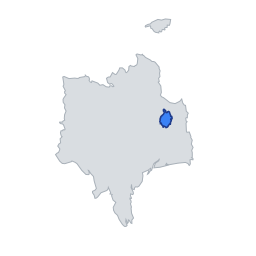 France, with Tarn highlighted, rotated 250°
{"feature_id": "FRA-5346", "entity_name": "Tarn", "entity_type": "Metropolitan department", "adm_level": 1, "iso_a3": "FRA", "parent_name": "France", "parent_adm1": "", "projection": "robinson", "projection_center": [2.231, 43.789], "detail": "fine", "context": "in_parent", "style": "filled", "palette": "blue", "viewbox_px": 256, "rotation_deg": 250, "n_neighbors": 0, "source": "natural_earth", "source_scale": "10m", "svg_char_len": 5192}
<svg xmlns="http://www.w3.org/2000/svg" viewBox="0 0 256 256"><g transform="rotate(250 128 128)"><path d="M192.2,106.0L190.7,106.7L189.8,108.2L188.9,108.6L187.1,108.6L186.2,107.7L184.1,108.2L183.3,109.2L184.6,110.3L180.5,115.0L177.8,116.2L177.3,119.3L174.2,121.6L173.0,124.0L172.9,124.5L173.8,125.3L173.4,126.8L171.9,127.9L171.9,128.9L172.3,129.0L174.8,128.2L175.7,127.3L175.2,126.0L177.6,124.4L182.1,124.8L182.6,126.9L182.1,128.7L185.4,132.4L182.7,134.2L182.5,135.4L185.4,139.2L187.3,140.8L186.4,143.3L183.4,145.0L181.5,144.8L180.6,145.2L180.7,146.0L182.1,148.4L185.4,149.9L186.0,151.7L185.1,152.3L183.6,155.0L184.3,156.3L184.1,156.9L184.4,157.8L185.3,158.7L189.9,161.0L194.0,160.5L194.5,161.8L192.1,165.3L192.3,166.9L191.0,166.9L190.8,167.5L188.3,168.6L184.3,172.2L182.4,173.2L181.6,175.0L180.5,176.0L174.6,178.1L173.5,177.6L170.7,177.7L168.8,176.4L165.4,175.6L164.2,173.7L161.0,173.3L160.8,172.1L156.3,173.2L150.0,171.5L147.8,169.7L145.9,170.2L144.3,171.8L137.5,176.1L134.8,180.6L135.4,185.8L136.9,188.4L132.8,188.0L130.3,188.7L129.6,189.8L123.8,188.5L121.6,189.6L121.0,189.5L120.2,188.4L117.3,187.2L117.8,186.3L117.4,185.6L114.7,185.0L113.7,185.7L112.7,184.2L105.1,181.8L103.8,181.9L103.3,184.2L98.4,184.2L97.7,183.7L94.6,184.2L91.2,182.0L87.5,182.5L85.2,180.2L83.0,180.0L79.9,178.9L78.5,178.3L78.3,177.6L77.3,178.6L76.2,178.4L75.9,178.1L76.7,176.8L76.9,175.4L73.0,174.3L72.0,173.2L71.9,172.7L74.1,172.2L76.0,170.2L77.9,162.8L79.4,154.2L80.3,152.5L81.6,152.1L80.6,150.9L79.4,152.5L80.2,144.6L81.7,138.7L84.9,141.1L85.7,142.1L86.6,145.6L88.4,147.1L87.3,145.7L86.1,141.0L85.4,139.7L80.3,135.8L80.1,134.9L82.4,135.4L81.5,132.5L81.1,126.3L78.0,125.7L73.0,123.1L69.6,118.4L69.3,116.7L70.2,114.8L69.5,113.7L68.0,112.8L69.2,111.3L70.2,111.1L73.8,112.0L70.9,110.5L66.1,111.0L64.2,110.5L63.9,109.4L65.2,108.0L63.6,107.1L60.9,107.3L60.6,106.9L61.4,105.9L60.7,105.5L58.5,105.9L57.2,105.6L56.0,104.4L52.5,104.2L51.7,103.5L46.7,102.2L41.5,102.4L40.2,100.1L37.0,99.0L37.7,98.2L40.9,97.5L41.5,96.9L39.2,95.9L38.5,95.0L42.7,94.8L40.8,93.8L36.7,93.8L36.2,92.4L36.8,91.0L39.2,89.8L45.2,88.4L49.5,88.3L52.6,86.7L55.6,86.3L58.5,87.0L62.3,91.1L65.4,89.3L70.0,89.4L71.0,90.4L72.2,88.5L73.2,89.6L78.9,89.2L77.6,88.5L76.5,86.8L76.4,80.5L73.6,76.0L73.0,74.3L73.2,72.9L76.5,73.2L79.3,72.5L80.6,73.0L80.9,75.9L82.0,77.6L89.8,78.1L94.2,79.0L98.0,77.4L101.5,76.6L101.8,76.2L99.8,76.4L97.9,75.7L97.7,74.9L98.7,72.6L104.0,70.1L111.9,67.9L113.9,66.5L116.2,64.0L115.7,63.3L116.1,56.4L117.2,54.1L120.2,52.5L127.8,50.8L128.7,53.0L128.7,54.3L130.7,56.2L131.7,56.8L135.0,55.8L136.6,57.6L137.1,59.6L141.1,60.5L142.3,63.1L143.0,62.6L145.5,62.7L146.7,62.9L148.3,64.1L147.8,65.7L148.6,66.4L147.9,67.9L148.4,68.5L153.0,68.5L154.3,67.8L155.0,66.4L156.3,65.5L156.9,65.8L156.0,68.5L156.7,69.2L157.0,71.2L158.8,71.4L162.2,73.0L165.1,75.6L168.6,75.2L171.4,76.7L174.3,75.9L177.0,76.7L177.9,77.5L180.5,81.2L182.5,80.4L183.9,80.9L184.3,81.9L189.5,81.3L190.5,82.4L191.5,82.8L198.2,84.1L198.3,85.5L194.6,89.5L193.1,95.1L192.0,97.1L191.6,98.6L192.0,99.5L191.8,101.1L191.1,104.7L191.6,105.8L192.2,106.0ZM218.5,182.3L218.2,184.7L219.2,186.4L219.8,193.2L217.9,196.5L217.7,200.4L215.4,205.2L211.5,203.0L210.3,201.9L211.3,200.1L209.1,199.1L209.6,197.4L209.3,196.5L207.7,196.4L207.6,195.9L208.7,194.6L208.7,193.7L207.2,192.7L206.9,191.8L208.3,190.7L207.6,189.8L206.8,189.5L208.6,186.5L209.9,185.5L212.9,184.7L214.1,183.5L216.1,184.1L216.4,183.8L216.9,178.9L217.6,178.9L218.2,179.5L218.5,182.3ZM80.6,132.8L80.1,134.2L78.2,131.8L77.9,130.5L80.6,132.8Z" fill="#d9dde1" stroke="#a8b0b8" stroke-width="1"/><path d="M120.8,160.6L120.9,160.4L121.0,160.8L121.4,160.7L122.6,160.1L122.9,160.0L123.2,160.1L123.8,160.5L124.0,160.7L124.2,160.9L124.7,160.9L124.8,160.9L125.1,161.2L125.6,161.3L126.1,161.6L126.3,161.8L126.5,162.2L126.5,162.3L127.1,162.4L127.3,162.6L127.9,163.5L127.8,164.0L128.1,164.3L128.3,164.5L128.5,165.3L128.8,165.9L129.1,166.4L129.9,167.1L130.3,167.4L130.8,167.5L131.2,167.4L131.7,167.1L132.9,167.4L133.1,167.6L133.3,168.1L133.0,168.3L132.9,168.6L132.6,168.7L131.2,169.3L130.9,169.3L130.3,169.0L130.2,169.0L129.9,169.0L129.6,169.0L129.4,169.2L129.4,169.3L129.3,169.5L129.2,169.6L129.2,169.8L129.2,170.0L129.2,170.3L129.3,170.4L129.4,170.5L129.6,170.6L129.7,170.9L129.6,171.1L129.6,171.3L129.7,171.5L129.7,171.8L129.3,172.1L129.0,172.3L128.8,172.4L128.7,172.4L127.2,172.3L125.9,172.4L124.8,172.2L124.6,172.1L124.4,172.1L124.2,172.3L124.1,172.5L124.2,172.8L124.1,173.0L123.9,173.1L123.5,172.9L123.3,172.8L123.1,172.8L122.7,172.9L122.3,172.9L122.2,172.9L121.6,172.4L121.5,172.2L121.5,171.9L121.6,171.7L121.8,171.6L121.9,171.4L121.7,171.2L121.3,171.0L121.2,171.1L120.9,171.4L120.7,171.5L120.2,171.2L119.8,170.9L119.6,170.8L119.1,170.1L118.8,169.9L118.4,169.8L117.1,169.1L117.2,168.9L117.3,168.8L117.5,168.7L117.6,168.4L117.2,168.0L117.0,167.8L116.6,166.7L116.1,166.4L115.7,166.1L115.7,165.8L115.3,165.0L115.4,164.5L115.4,164.3L115.3,164.0L115.4,163.8L115.5,163.8L116.1,163.8L116.2,163.7L116.5,163.3L117.1,162.9L117.3,162.7L117.3,162.3L117.1,162.1L116.9,161.9L116.7,161.6L116.8,161.3L117.1,161.2L118.3,161.6L118.6,161.2L119.3,160.8L119.5,160.8L119.9,160.8L120.2,160.5L120.8,160.6Z" fill="#3b82f6" stroke="#1e3a8a" stroke-width="1.5"/></g></svg>